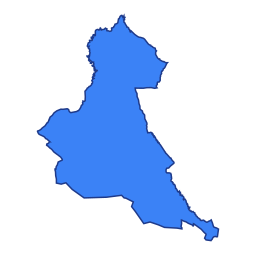 the district of Momba, Mbeya, United Republic of Tanzania
{"feature_id": "72390352B95240342657452", "entity_name": "Momba", "entity_type": "district", "adm_level": 2, "iso_a3": "TZA", "parent_name": "United Republic of Tanzania", "parent_adm1": "Mbeya", "projection": "orthographic", "projection_center": [32.491, -8.789], "detail": "fine", "context": "isolated", "style": "filled", "palette": "blue", "viewbox_px": 256, "rotation_deg": 0, "n_neighbors": 0, "source": "geoboundaries", "source_scale": "gbopen_adm2", "svg_char_len": 5706}
<svg xmlns="http://www.w3.org/2000/svg" viewBox="0 0 256 256"><path d="M56.4,179.0L56.4,183.1L61.2,184.1L65.9,182.8L72.2,189.4L84.1,197.9L106.6,197.2L121.6,195.3L124.1,197.9L126.0,198.2L133.3,201.9L131.6,206.6L135.5,211.7L143.8,223.6L150.0,222.0L158.3,224.8L164.5,227.4L177.1,228.1L181.9,228.9L181.9,227.8L181.1,226.8L181.1,226.3L181.6,223.6L181.4,220.0L181.8,220.0L182.2,220.4L184.5,221.4L185.3,221.7L185.7,221.6L188.1,223.2L192.5,225.1L193.1,226.0L193.3,225.9L193.6,225.3L193.5,223.7L193.8,223.8L201.2,229.2L204.0,232.3L206.0,234.1L206.0,234.7L204.6,238.2L206.0,239.9L211.0,240.6L211.2,240.2L212.1,239.3L212.7,238.0L213.6,236.9L215.4,236.4L216.3,236.8L217.4,236.7L218.5,229.1L216.6,228.0L214.1,227.2L213.4,226.3L212.4,222.9L211.2,219.9L210.0,220.8L208.6,221.3L207.4,222.1L206.4,222.2L205.3,221.3L204.7,221.2L204.0,220.4L203.2,220.1L202.0,220.5L201.2,220.5L200.9,220.2L200.5,220.3L199.9,219.0L197.6,217.5L197.1,216.5L196.1,215.9L195.8,214.8L195.1,214.4L194.8,212.9L193.7,212.4L193.0,211.5L192.1,211.9L191.5,211.7L191.1,211.0L190.8,211.2L190.0,210.7L189.9,210.2L189.5,210.2L189.0,209.7L188.8,209.2L189.1,208.7L188.6,208.8L188.4,208.5L189.4,207.4L188.9,207.4L188.8,207.1L188.4,207.4L187.8,206.5L188.1,206.1L187.6,205.6L187.7,204.6L187.6,204.3L187.1,204.2L187.3,203.8L186.4,202.8L185.9,200.5L184.8,199.0L184.1,199.2L183.7,199.8L183.5,199.6L183.3,199.2L183.9,197.7L183.7,197.0L182.4,196.0L182.5,195.3L181.9,195.1L181.3,195.6L180.8,194.9L180.4,195.0L180.7,194.0L179.9,193.8L180.1,193.4L179.9,193.1L180.1,193.1L180.3,192.6L180.0,192.6L179.8,191.8L179.3,191.6L179.3,191.2L178.3,191.9L177.7,191.6L176.8,189.4L176.2,188.7L175.6,188.5L175.6,187.7L175.0,185.2L174.3,184.3L173.7,184.5L173.0,183.6L173.0,182.6L172.6,182.4L172.4,181.9L171.4,181.5L171.0,180.9L171.0,180.1L171.6,178.8L171.6,177.9L171.3,177.4L171.5,177.0L171.2,175.5L171.3,174.9L170.9,174.3L170.8,173.4L169.3,172.9L166.9,172.9L166.1,172.0L166.0,169.7L166.8,168.2L168.7,168.0L170.4,166.1L173.6,163.5L174.0,163.0L173.9,162.2L171.9,160.0L170.8,158.0L170.3,158.1L166.5,153.8L165.8,153.4L165.4,152.2L164.6,151.7L164.6,151.3L160.4,144.9L159.2,143.5L159.1,142.9L158.6,143.0L158.1,142.7L158.0,141.4L157.8,141.3L157.5,141.7L157.1,140.5L156.9,140.6L156.7,140.2L156.2,140.0L156.4,139.5L155.6,138.6L155.3,137.2L154.0,137.1L153.9,136.7L154.3,136.0L154.1,135.7L153.5,135.7L153.1,135.5L153.1,134.3L152.3,134.2L152.5,133.6L152.3,133.1L151.7,133.1L151.3,132.5L150.8,132.3L149.0,132.8L148.3,132.5L147.7,132.7L146.6,128.4L146.9,126.9L146.5,125.3L147.0,124.2L146.8,122.8L144.8,118.7L144.6,115.0L142.7,112.7L142.4,111.0L140.7,109.7L140.0,108.9L139.9,106.1L139.0,103.6L138.5,100.0L137.1,96.6L137.0,93.5L136.0,91.7L135.5,90.3L135.2,88.1L143.4,88.2L146.6,87.7L151.2,87.6L154.7,88.3L157.0,87.8L156.5,87.2L156.3,85.8L157.3,84.4L157.2,83.2L157.5,82.2L159.3,81.9L160.2,80.4L160.2,77.3L160.6,76.2L160.5,75.2L161.6,73.6L161.4,73.0L161.6,71.5L162.1,70.9L162.4,71.0L163.1,70.0L163.3,68.8L164.2,68.3L164.9,67.4L166.8,63.4L167.4,62.7L165.7,62.7L163.8,61.5L163.4,61.7L162.4,61.3L160.1,60.1L159.6,58.9L158.8,59.1L157.6,58.0L155.6,54.3L155.7,51.9L156.5,50.9L155.6,50.1L155.2,48.2L153.4,47.6L152.0,46.4L151.0,46.0L150.7,45.2L149.5,44.9L148.3,44.0L144.7,39.3L143.5,38.3L140.6,37.4L139.0,37.2L137.8,36.6L134.7,34.4L131.7,31.5L130.4,32.0L130.3,31.7L131.1,31.5L131.0,30.8L129.7,30.7L129.7,29.6L128.9,29.2L128.6,27.9L128.0,27.6L127.7,27.1L126.8,27.0L126.6,26.1L125.1,23.7L125.0,23.2L124.6,22.6L124.1,22.4L123.7,20.1L124.0,20.2L124.6,19.7L124.2,18.6L124.9,17.4L124.4,17.3L124.1,17.6L123.5,17.6L124.0,17.0L123.9,15.8L123.5,16.5L122.5,16.7L122.1,15.5L121.3,15.4L120.1,16.4L119.2,18.6L118.5,18.9L117.8,22.8L116.7,23.7L115.0,24.2L114.6,25.6L113.6,26.8L113.6,27.3L112.5,27.9L112.0,27.8L111.5,28.2L111.8,30.0L111.0,31.1L109.7,31.4L108.6,30.9L106.9,30.7L106.6,29.6L107.0,29.0L105.4,28.1L104.2,29.3L102.3,29.6L101.3,30.0L100.8,28.4L100.3,28.0L99.6,29.6L98.9,30.1L97.9,29.4L96.9,29.6L95.6,30.4L95.3,31.7L95.4,35.2L95.0,35.7L94.6,35.7L94.4,35.6L94.5,34.6L93.3,34.7L92.5,36.9L92.6,37.2L93.4,37.4L93.2,38.0L92.7,38.1L91.8,37.1L91.2,37.3L91.3,38.4L92.4,39.3L92.2,40.2L91.8,40.6L90.0,40.2L89.5,40.4L89.8,42.2L88.3,42.9L87.3,46.1L87.9,46.7L89.1,46.3L88.9,46.9L88.2,47.7L88.6,48.6L89.5,48.9L89.7,50.8L89.4,51.4L90.0,52.6L89.6,54.8L88.1,56.3L87.1,56.0L87.1,56.6L88.0,57.1L89.4,56.4L89.3,56.9L88.3,57.6L89.4,59.2L88.7,59.6L88.6,60.2L89.4,61.1L89.9,60.3L91.0,60.9L91.0,62.7L90.5,62.7L90.4,63.2L91.4,63.3L91.8,62.1L92.2,61.9L93.5,62.2L93.1,62.8L93.8,63.5L93.7,65.4L93.4,65.8L92.6,65.2L92.1,65.3L92.1,65.7L93.0,66.4L94.1,66.5L94.7,67.5L94.6,67.8L94.0,68.0L94.1,68.7L95.0,68.9L95.1,69.1L94.2,69.9L94.4,70.8L94.8,70.9L96.1,70.2L97.0,70.3L97.2,70.7L96.4,71.1L94.8,73.1L94.0,73.2L93.8,73.8L94.3,74.5L93.2,74.8L93.4,75.8L94.0,75.6L94.5,75.9L94.2,76.1L93.2,76.2L92.4,77.3L92.8,78.2L93.4,77.9L94.1,78.4L93.7,78.7L92.7,78.7L92.6,79.5L91.8,80.6L91.9,80.9L92.6,81.6L92.4,83.2L91.7,83.7L91.7,84.5L90.3,86.1L89.1,86.5L88.5,87.4L87.2,88.2L86.7,89.3L85.0,91.2L85.3,96.9L85.1,100.7L84.3,101.4L82.9,101.1L83.0,101.9L82.5,102.7L82.8,103.5L82.6,104.5L81.4,105.4L80.8,107.2L79.8,109.0L78.4,110.7L77.5,110.9L76.7,111.5L71.0,112.6L70.5,112.6L69.4,111.6L68.9,110.7L68.7,109.7L67.7,108.9L67.0,108.8L63.0,109.3L60.8,109.2L56.9,110.8L54.1,112.8L52.3,115.4L50.1,117.1L49.1,119.5L49.3,119.5L47.8,122.6L47.2,122.7L45.1,125.8L42.1,128.1L40.9,129.4L39.2,130.5L37.8,130.9L37.5,131.2L38.1,132.9L39.1,134.3L43.8,136.5L45.1,137.6L45.5,138.5L46.8,139.0L49.9,141.8L49.5,141.8L48.5,143.2L46.8,144.0L46.6,145.2L47.1,145.6L47.3,145.5L50.1,148.2L51.6,149.2L53.9,152.0L60.6,157.0L62.3,159.4L62.2,160.1L58.2,162.0L57.2,165.2L56.3,166.4L55.8,169.2L55.1,169.0L55.0,169.9L55.5,171.8L55.7,175.7L56.4,179.0Z" fill="#3b82f6" stroke="#1e3a8a" stroke-width="1.5"/></svg>